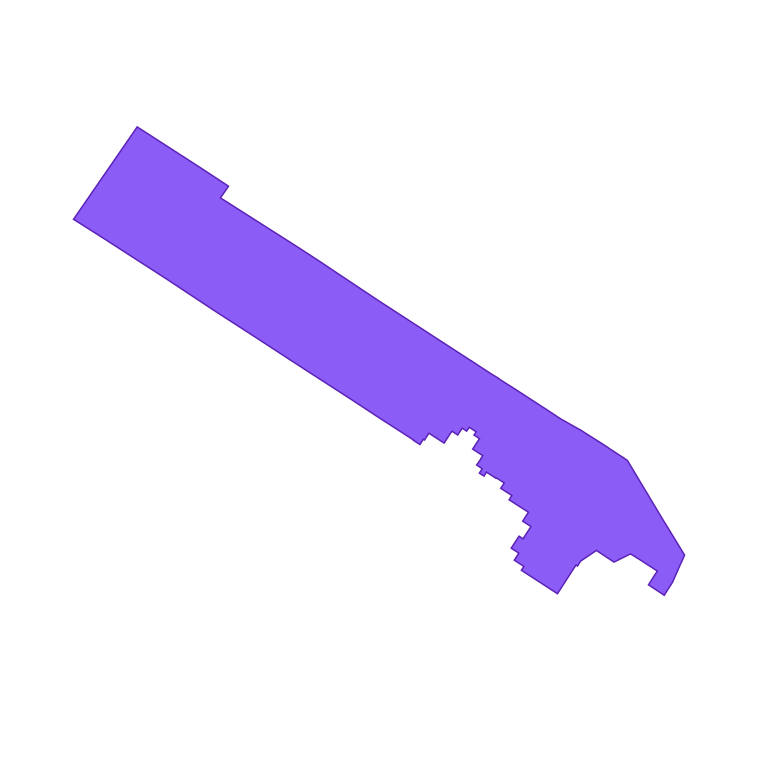 the district of Menzies, Western Australia, Australia, rotated 213°
{"feature_id": "25037944B67042441314136", "entity_name": "Menzies", "entity_type": "district", "adm_level": 2, "iso_a3": "AUS", "parent_name": "Australia", "parent_adm1": "Western Australia", "projection": "equal_earth", "projection_center": [120.764, -29.386], "detail": "fine", "context": "isolated", "style": "filled", "palette": "violet", "viewbox_px": 768, "rotation_deg": 213, "n_neighbors": 0, "source": "geoboundaries", "source_scale": "gbopen_adm2", "svg_char_len": 3217}
<svg xmlns="http://www.w3.org/2000/svg" viewBox="0 0 768 768"><g transform="rotate(213 384 384)"><path d="M734.1,353.0L700.8,353.4L624.6,353.6L567.3,353.1L559.2,353.1L517.4,353.2L475.4,353.1L456.4,353.1L403.7,353.2L369.6,353.0L344.6,353.1L328.7,353.1L328.7,352.8L320.9,352.8L320.9,359.1L319.5,359.1L319.5,367.2L301.4,367.2L301.4,369.7L301.4,373.2L301.4,374.8L301.4,376.1L301.3,381.4L294.4,381.4L294.4,388.4L294.4,389.5L290.3,389.5L289.0,389.5L288.9,394.1L280.7,394.1L280.7,390.2L274.2,390.2L274.2,377.7L262.1,377.7L262.2,374.6L261.9,374.6L262.2,366.5L255.5,366.4L255.5,361.2L250.0,361.2L250.0,365.9L238.8,365.9L238.8,366.4L235.3,366.5L235.2,366.5L234.9,366.5L234.7,366.5L234.2,366.5L233.1,366.5L232.0,366.5L230.9,366.5L229.3,366.5L229.3,360.1L216.0,360.1L216.0,355.0L193.0,355.1L193.0,354.4L193.0,353.1L193.0,351.9L193.0,344.5L192.0,344.5L188.9,344.5L183.1,344.5L183.1,329.9L187.9,329.9L187.9,315.6L178.8,315.6L178.8,307.2L170.3,307.2L167.3,307.2L167.3,302.6L164.6,302.6L155.8,302.6L155.2,302.6L140.4,302.6L136.7,302.6L127.3,302.6L125.7,302.6L124.3,302.6L124.4,336.7L122.6,336.7L122.6,341.0L122.6,342.6L115.2,360.1L94.1,359.9L84.7,375.8L82.5,375.8L81.5,375.9L80.2,375.9L79.8,375.9L79.5,375.9L78.9,375.9L77.6,375.9L76.9,375.9L76.6,375.9L75.3,376.0L73.3,376.0L71.8,376.0L70.5,376.0L69.9,376.0L68.7,376.0L67.5,376.0L66.5,376.0L65.9,376.0L65.3,376.0L65.0,376.0L63.7,376.0L63.1,376.0L62.2,376.0L60.6,376.0L59.7,376.0L59.1,376.0L58.5,376.0L58.2,376.0L57.5,376.0L56.6,376.0L56.0,376.0L55.4,376.0L53.8,376.0L52.9,376.0L52.9,370.3L52.8,359.6L37.6,359.5L33.9,359.4L33.9,361.3L34.0,364.6L34.0,366.8L34.0,374.8L34.1,375.2L34.8,379.7L35.6,384.5L36.1,387.6L36.6,390.6L37.2,394.3L37.4,396.1L37.9,399.2L38.5,402.6L38.7,404.2L39.4,404.5L40.6,405.1L41.9,405.7L42.5,406.0L43.8,406.7L45.1,407.3L46.0,407.7L47.0,408.2L48.2,408.8L49.8,409.5L51.1,410.1L52.0,410.6L53.3,411.2L54.5,411.8L54.9,412.0L55.2,412.1L56.8,412.9L57.1,413.0L57.4,413.2L58.0,413.5L59.3,414.1L60.6,414.7L61.2,415.0L61.8,415.3L62.5,415.6L62.8,415.8L63.1,415.9L64.4,416.5L65.9,417.3L67.8,418.2L68.8,418.6L69.7,419.1L71.6,420.0L72.3,420.3L73.2,420.7L75.1,421.6L76.1,422.1L77.0,422.5L83.5,425.7L87.2,427.5L91.5,429.6L98.7,433.1L99.5,433.5L99.8,433.7L105.7,436.6L107.3,437.3L129.7,448.3L136.7,451.7L137.9,452.3L138.2,452.4L138.4,452.5L138.7,452.5L139.7,452.5L140.8,452.5L141.8,452.5L142.8,452.6L143.8,452.6L144.8,452.6L145.9,452.6L146.9,452.6L148.3,452.6L149.3,452.6L150.3,452.6L151.3,452.6L152.3,452.6L153.4,452.6L154.4,452.6L155.4,452.6L156.4,452.6L157.5,452.6L158.5,452.6L159.5,452.6L160.5,452.6L161.5,452.7L162.6,452.7L163.6,452.7L164.6,452.7L165.6,452.7L166.7,452.7L167.7,452.7L168.7,452.7L170.1,452.7L171.1,452.7L172.1,452.7L187.5,452.5L188.5,452.5L189.2,452.5L190.6,452.5L191.3,452.5L192.6,452.5L193.5,452.5L202.0,451.9L213.5,451.2L215.8,451.0L216.8,451.0L219.4,451.0L222.1,451.0L232.5,451.1L242.9,451.1L251.4,451.1L256.5,451.1L259.3,451.1L270.3,451.1L290.8,450.9L290.8,451.1L296.6,451.0L296.6,450.9L299.9,450.9L307.2,450.9L313.7,450.9L323.5,451.0L323.5,450.9L335.7,450.9L344.6,450.9L368.7,450.9L434.6,450.9L435.2,450.9L506.6,451.8L533.5,451.8L622.5,451.0L622.1,465.2L652.9,465.4L731.0,465.2L734.1,353.0Z" fill="#8b5cf6" stroke="#5b21b6" stroke-width="1.5"/></g></svg>